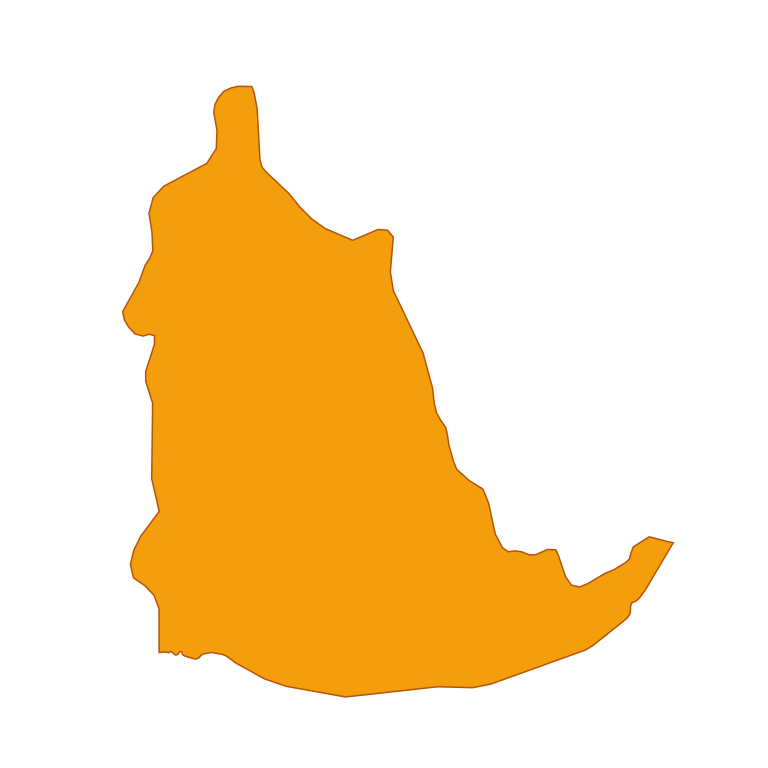 the border of Yobe, rotated 174°
{"feature_id": "NGA-2873", "entity_name": "Yobe", "entity_type": "State", "adm_level": 1, "iso_a3": "NGA", "parent_name": "Nigeria", "parent_adm1": "", "projection": "natural_earth1", "projection_center": [11.324, 11.986], "detail": "fine", "context": "isolated", "style": "filled", "palette": "amber", "viewbox_px": 768, "rotation_deg": 174, "n_neighbors": 0, "source": "natural_earth", "source_scale": "10m", "svg_char_len": 1783}
<svg xmlns="http://www.w3.org/2000/svg" viewBox="0 0 768 768"><g transform="rotate(174 384 384)"><path d="M327.5,72.7L362.2,77.3L455.1,76.8L512.7,93.5L533.8,103.3L560.4,121.9L569.2,129.9L572.9,132.0L584.1,135.1L590.5,134.5L593.2,134.0L597.2,130.8L600.3,130.1L610.0,134.0L612.1,135.3L612.9,136.8L613.0,138.1L613.3,138.9L614.8,139.2L615.5,138.7L616.4,137.5L617.6,136.5L619.4,136.2L621.3,137.4L622.7,139.4L624.1,140.5L625.9,139.2L629.0,140.3L635.7,140.5L635.7,141.0L631.2,183.7L634.7,197.8L643.1,208.6L653.4,217.4L655.1,231.0L650.3,244.6L641.9,258.0L620.9,280.8L624.9,314.2L616.1,389.2L620.7,411.4L619.7,421.3L608.2,447.4L607.2,456.1L612.2,458.0L618.6,456.9L626.4,459.8L632.0,467.2L635.5,475.0L636.4,483.2L617.1,510.7L609.2,527.0L604.0,533.3L600.0,540.6L598.9,559.4L599.9,578.2L594.1,593.5L582.2,603.8L537.1,622.0L526.2,635.7L523.6,653.5L524.9,672.2L522.8,679.9L518.3,686.6L512.5,692.0L505.1,694.4L497.9,695.3L484.4,693.7L482.7,687.1L481.4,671.1L483.9,620.0L482.6,612.4L478.5,606.5L458.5,583.2L449.2,568.8L438.7,555.8L426.5,544.9L400.2,530.2L373.7,538.3L364.4,536.6L359.4,529.1L366.0,494.6L364.9,475.7L341.9,410.7L336.2,375.1L336.0,359.5L334.8,349.9L331.1,341.3L327.1,334.2L326.2,326.4L325.9,317.4L323.0,299.8L320.5,291.4L309.5,279.2L296.5,269.0L292.4,254.5L289.0,223.0L283.2,208.7L277.8,204.1L271.4,204.4L264.3,202.6L257.4,198.9L251.2,198.3L238.6,202.4L230.3,201.0L228.5,195.4L223.5,173.1L218.6,164.4L210.6,161.7L202.1,164.2L184.1,172.5L174.8,175.3L161.6,181.6L158.1,184.5L155.9,190.5L153.0,196.0L136.2,204.3L118.1,197.5L112.9,195.9L145.8,151.6L152.2,144.6L155.8,141.9L157.9,141.1L158.8,141.2L159.6,141.1L161.1,139.3L162.0,137.0L162.8,131.6L163.6,129.2L167.0,125.5L203.2,102.3L211.1,98.5L303.9,75.7L309.1,74.4L327.5,72.7Z" fill="#f59e0b" stroke="#b45309" stroke-width="1.5"/></g></svg>